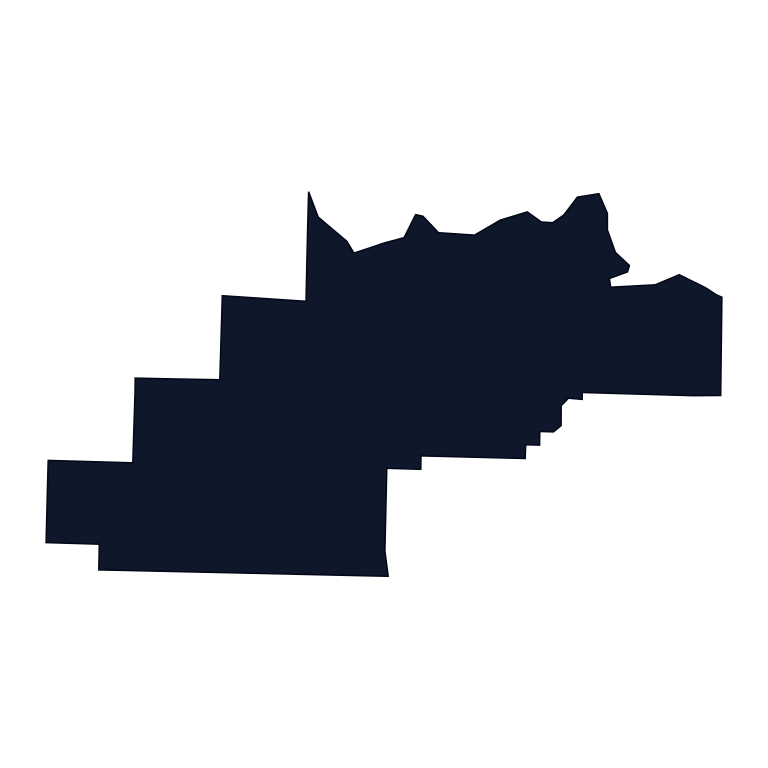 outline of Logan, Arkansas, United States of America
{"feature_id": "52423323B80163147366525", "entity_name": "Logan", "entity_type": "district", "adm_level": 2, "iso_a3": "USA", "parent_name": "United States of America", "parent_adm1": "Arkansas", "projection": "robinson", "projection_center": [-93.629, 35.225], "detail": "fine", "context": "isolated", "style": "filled", "palette": "ink", "viewbox_px": 768, "rotation_deg": 0, "n_neighbors": 0, "source": "geoboundaries", "source_scale": "gbopen_adm2", "svg_char_len": 859}
<svg xmlns="http://www.w3.org/2000/svg" viewBox="0 0 768 768"><path d="M721.9,297.2L716.1,294.7L705.7,287.8L679.2,274.7L655.2,284.8L610.6,287.2L609.4,278.5L627.5,271.9L629.4,265.5L615.4,252.4L607.4,229.9L607.4,213.3L598.9,193.7L577.4,197.1L563.8,215.0L552.7,222.7L541.4,222.0L527.3,211.9L500.3,220.1L474.5,235.1L438.5,232.7L422.9,216.2L415.6,214.6L404.1,237.6L384.2,243.0L353.9,253.1L346.9,241.3L318.2,217.1L308.6,191.7L307.5,233.5L306.0,301.3L222.3,295.7L219.8,379.7L178.0,379.0L135.2,378.1L135.0,394.3L134.9,395.9L132.8,462.8L48.2,460.4L47.1,501.4L46.1,542.6L99.3,544.2L98.8,569.9L388.2,576.3L384.9,551.0L386.8,468.3L420.8,469.3L421.0,455.9L525.2,458.5L525.7,444.8L539.6,445.1L539.8,431.5L553.5,431.9L561.1,425.6L561.2,405.6L568.5,398.2L582.2,399.4L582.2,392.5L692.9,395.7L720.7,395.5L721.9,297.2Z" fill="#0f172a" stroke="#020617" stroke-width="1.5"/></svg>